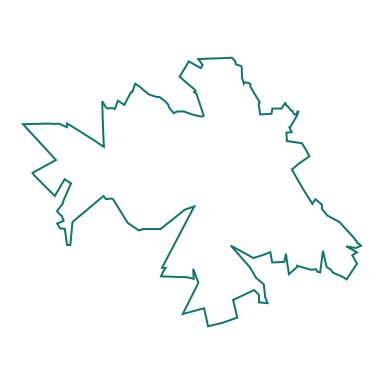 Cuatro Ciénegas, Coahuila, Mexico (Mercator projection)
{"feature_id": "50627088B85021541458724", "entity_name": "Cuatro Ciénegas", "entity_type": "district", "adm_level": 2, "iso_a3": "MEX", "parent_name": "Mexico", "parent_adm1": "Coahuila", "projection": "mercator", "projection_center": [-102.307, 26.665], "detail": "fine", "context": "isolated", "style": "outline", "palette": "teal", "viewbox_px": 384, "rotation_deg": 0, "n_neighbors": 0, "source": "geoboundaries", "source_scale": "gbopen_adm2", "svg_char_len": 3652}
<svg xmlns="http://www.w3.org/2000/svg" viewBox="0 0 384 384"><path d="M309.3,156.3L306.4,150.5L301.9,143.2L285.9,140.9L287.0,140.8L286.3,132.8L291.6,132.1L289.5,127.5L290.0,127.5L291.9,124.3L295.0,119.0L297.4,114.7L297.8,113.3L298.3,111.6L297.5,111.5L296.7,114.3L294.2,114.4L293.1,112.5L292.9,112.1L292.5,111.0L290.8,110.3L290.5,109.5L289.6,108.6L289.0,107.7L287.5,106.1L286.1,105.0L285.3,103.0L284.9,103.3L281.4,108.6L272.4,108.5L271.8,111.7L271.5,113.8L263.5,114.2L260.2,114.4L258.6,103.9L259.6,102.6L259.7,102.1L257.4,98.3L255.0,94.5L250.4,86.7L250.4,84.1L249.3,83.2L244.6,82.3L243.8,83.5L243.6,82.5L242.0,77.7L242.1,74.6L241.8,71.9L241.9,68.1L241.2,66.1L236.0,64.4L235.8,64.0L235.1,61.0L231.9,57.7L229.6,57.9L221.0,58.2L212.2,58.5L201.4,58.9L198.3,59.1L201.4,63.2L201.9,64.0L202.6,64.9L200.8,68.1L194.7,64.7L194.4,64.6L194.0,64.3L188.7,61.4L187.3,64.0L185.7,66.8L183.2,70.8L179.7,76.7L181.8,78.6L186.1,82.3L190.9,86.4L191.0,86.5L195.2,90.1L195.5,90.7L195.6,91.2L194.1,92.1L196.5,93.8L198.3,99.4L200.2,105.1L201.5,108.9L202.8,112.7L203.7,115.7L202.6,116.5L201.5,116.4L200.3,116.4L195.0,115.2L191.8,114.3L183.6,111.4L177.3,111.5L173.6,113.1L169.0,107.4L168.3,104.8L165.3,101.3L159.3,96.9L156.8,97.0L151.4,95.3L151.2,95.3L148.4,94.1L142.5,89.2L139.4,86.4L135.1,83.8L132.3,92.1L131.1,92.2L130.7,93.1L129.8,94.4L124.3,104.9L122.2,103.5L117.9,100.7L114.8,109.1L114.6,109.0L113.9,108.6L113.1,108.2L112.8,108.2L112.2,108.1L111.7,108.2L107.5,108.4L107.2,108.4L106.6,108.0L106.1,107.6L105.9,107.4L102.2,101.2L102.3,103.6L102.5,110.9L102.7,119.0L102.9,122.9L103.1,130.1L103.4,137.7L103.9,146.8L97.7,142.9L94.9,140.8L89.3,137.3L86.2,135.4L83.2,133.4L79.8,131.3L72.8,126.9L67.1,123.5L66.9,127.1L64.6,126.2L59.4,123.8L54.3,123.9L47.7,123.6L46.6,123.6L43.6,123.7L35.0,123.9L23.0,124.2L34.5,136.7L35.9,138.1L37.2,139.6L41.9,144.7L45.0,148.1L48.8,152.2L55.9,160.0L48.7,164.0L44.2,166.4L40.5,168.5L39.9,168.8L35.6,171.2L33.8,172.2L32.5,172.9L33.0,173.6L33.2,173.9L34.0,175.1L34.4,175.5L35.3,176.4L38.4,179.6L54.8,196.0L64.6,179.3L71.0,183.3L63.2,201.3L62.9,203.4L57.4,210.5L57.1,210.8L57.6,212.2L62.0,216.2L63.5,221.0L57.2,223.5L59.9,228.2L60.0,228.3L64.8,228.9L65.4,232.9L67.0,244.8L70.3,245.2L72.5,222.0L103.5,196.0L105.9,199.1L111.7,198.5L113.4,199.7L122.1,213.8L127.6,222.8L133.0,226.5L138.8,230.4L143.3,229.0L158.6,229.0L160.9,229.0L161.3,228.4L185.1,209.5L190.0,207.9L194.2,206.5L167.5,257.4L162.0,267.8L165.6,267.9L163.3,271.5L162.1,274.0L161.0,276.4L161.8,276.4L174.0,276.8L179.6,277.0L183.5,277.1L187.4,277.3L193.7,278.8L193.7,277.8L193.6,277.4L193.2,268.9L198.4,282.7L196.2,287.2L182.8,314.0L200.5,309.2L202.9,308.6L204.1,308.3L208.1,326.3L216.3,324.3L222.5,322.8L237.3,317.6L233.9,303.3L233.1,300.0L254.1,290.0L258.9,294.9L259.1,302.4L267.5,303.1L265.2,297.3L263.8,284.5L262.1,283.0L260.9,281.9L260.5,281.5L260.2,281.4L256.0,277.7L249.7,267.0L248.5,265.7L247.3,264.3L230.8,245.6L253.4,258.0L263.7,254.8L270.3,252.1L272.2,262.5L284.3,261.9L285.9,253.7L288.9,274.2L297.4,266.7L297.2,265.8L306.2,268.4L311.2,269.8L316.1,269.3L317.5,271.8L320.2,272.3L322.9,250.9L326.7,267.1L330.4,269.4L332.3,271.7L333.2,272.8L336.4,274.1L337.0,274.4L342.2,276.6L342.5,276.9L343.2,277.3L343.4,277.3L346.6,279.4L357.0,263.7L352.3,255.3L357.0,252.3L352.8,249.9L346.1,246.3L355.8,248.0L356.9,247.5L361.0,245.8L358.7,243.5L358.2,243.4L357.5,243.4L356.4,241.0L356.3,240.7L355.8,240.5L355.1,240.0L354.7,238.7L349.7,233.2L347.0,230.3L341.4,224.2L340.4,223.0L339.4,222.0L327.4,215.6L325.2,212.9L322.0,209.0L321.9,204.6L316.3,199.9L315.5,199.3L314.8,200.1L312.4,203.9L302.5,188.1L298.6,181.3L291.9,169.6L298.5,163.9L309.3,156.3Z" fill="none" stroke="#0f766e" stroke-width="2"/></svg>